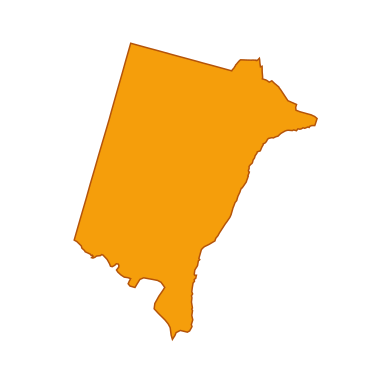 the district of Kombo East, West Coast, Gambia, rotated 106°
{"feature_id": "56634734B25207283407562", "entity_name": "Kombo East", "entity_type": "district", "adm_level": 2, "iso_a3": "GMB", "parent_name": "Gambia", "parent_adm1": "West Coast", "projection": "albers", "projection_center": [-16.509, 13.25], "detail": "fine", "context": "isolated", "style": "filled", "palette": "amber", "viewbox_px": 384, "rotation_deg": 106, "n_neighbors": 0, "source": "geoboundaries", "source_scale": "gbopen_adm2", "svg_char_len": 3334}
<svg xmlns="http://www.w3.org/2000/svg" viewBox="0 0 384 384"><g transform="rotate(106 192 192)"><path d="M339.1,170.2L334.8,168.9L333.2,168.7L331.5,168.5L328.3,165.1L328.0,157.8L326.2,156.0L323.7,155.4L321.4,154.9L319.6,156.1L314.7,156.0L310.7,158.2L305.8,158.8L304.6,160.0L303.4,159.6L297.9,162.2L293.7,162.9L291.9,163.9L289.8,163.3L288.0,164.7L284.2,165.3L279.3,165.9L277.1,165.0L275.5,165.8L273.9,164.6L271.8,164.8L270.8,164.8L271.2,166.6L270.4,167.2L266.2,167.8L261.3,166.4L256.5,166.9L254.9,165.9L254.0,167.1L244.9,167.1L243.3,166.4L241.1,165.0L237.7,161.2L232.7,156.5L230.0,156.4L226.7,155.0L223.9,154.4L213.0,151.1L212.6,150.9L211.0,150.3L205.9,148.6L203.1,148.2L195.8,148.2L194.2,148.0L190.2,147.7L188.0,146.7L185.3,146.7L183.7,146.7L178.7,145.9L177.1,145.9L174.8,145.6L174.4,145.0L172.8,144.4L167.4,142.6L165.8,142.6L163.7,142.4L161.3,142.3L161.1,142.7L159.4,142.6L158.0,142.4L157.0,142.4L156.8,143.2L155.5,143.8L155.1,143.6L153.5,143.6L151.7,144.2L149.7,143.4L147.9,142.2L146.9,142.0L146.1,142.0L145.4,142.1L144.6,142.1L142.0,141.3L139.8,141.3L136.8,140.3L136.0,140.3L135.4,140.3L134.6,139.1L133.6,137.7L129.5,137.2L127.1,136.6L125.9,136.8L125.3,135.8L124.3,135.0L122.9,134.4L121.9,134.2L121.4,134.1L120.4,133.8L119.4,133.2L117.8,130.3L117.6,128.7L115.8,126.7L114.6,124.7L112.8,123.7L111.2,122.7L109.8,121.4L107.6,119.2L106.6,117.7L106.1,116.5L105.3,112.5L104.3,111.3L104.3,108.5L102.1,107.6L101.9,105.6L101.1,104.2L99.7,103.0L99.7,101.2L97.5,98.4L97.7,97.2L96.3,96.8L95.1,95.1L94.3,92.3L93.0,92.2L86.9,92.0L85.6,94.9L85.3,97.0L85.0,98.5L85.1,109.5L85.1,110.5L84.7,114.6L82.0,115.7L79.1,115.6L77.8,124.9L77.7,125.1L69.0,135.3L68.1,136.6L67.0,137.7L66.3,139.4L65.8,140.4L64.9,142.5L63.1,145.9L65.1,148.0L64.2,150.7L64.1,151.0L64.0,151.6L63.9,152.3L63.9,152.7L63.9,153.4L63.9,154.1L63.8,155.6L63.0,155.5L61.2,156.1L59.1,156.9L58.1,157.3L56.1,158.0L55.6,158.1L51.8,159.3L52.8,160.7L49.5,162.2L47.4,163.0L46.3,163.4L44.9,164.1L47.0,165.2L47.8,165.9L47.9,167.0L47.7,167.0L48.6,170.6L48.8,170.9L49.8,174.7L50.3,176.7L51.1,180.0L51.5,181.5L51.7,182.0L52.3,182.2L52.9,182.7L53.3,182.9L53.7,183.1L55.2,183.8L56.4,184.3L56.9,184.5L57.2,184.7L58.0,185.1L58.6,185.1L59.2,185.2L59.9,185.5L60.2,185.6L60.8,185.7L61.6,186.0L63.6,187.0L64.6,187.2L64.8,206.5L65.0,217.0L65.0,218.2L65.0,223.3L65.1,228.6L65.2,236.4L65.3,241.8L65.4,249.7L65.5,262.4L65.6,268.5L65.7,273.4L65.8,282.1L65.9,291.4L65.9,291.9L84.5,291.9L96.2,291.8L111.6,291.8L137.6,291.7L145.5,291.6L157.2,291.7L181.8,291.9L197.1,291.9L211.6,292.0L227.4,291.9L249.2,292.0L270.7,292.0L271.4,289.0L272.8,286.4L274.3,283.6L276.3,282.4L277.9,279.2L278.6,278.5L278.9,278.2L279.3,275.6L279.8,272.6L280.8,271.4L280.2,270.4L281.0,269.4L282.8,270.4L282.8,270.1L282.8,269.0L281.6,267.4L280.0,266.2L279.4,265.0L278.4,262.5L277.0,261.5L277.2,260.1L278.5,257.9L279.0,257.0L280.3,254.9L283.7,251.5L285.8,249.9L285.8,248.1L283.8,246.1L281.8,244.9L281.6,243.1L282.6,242.1L284.4,241.7L287.8,243.1L289.5,241.1L291.3,237.5L292.5,233.7L292.0,229.9L292.2,227.1L295.0,227.7L297.8,228.1L299.5,225.7L299.5,222.9L299.5,220.5L295.7,219.5L290.4,218.0L287.8,214.8L287.4,210.6L286.9,205.8L286.5,200.7L287.3,196.9L291.2,191.9L294.7,192.9L301.2,195.1L309.4,197.0L314.7,196.2L318.0,190.8L322.5,182.6L325.3,178.6L328.4,175.6L335.3,172.6L339.1,170.2Z" fill="#f59e0b" stroke="#b45309" stroke-width="1.5"/></g></svg>